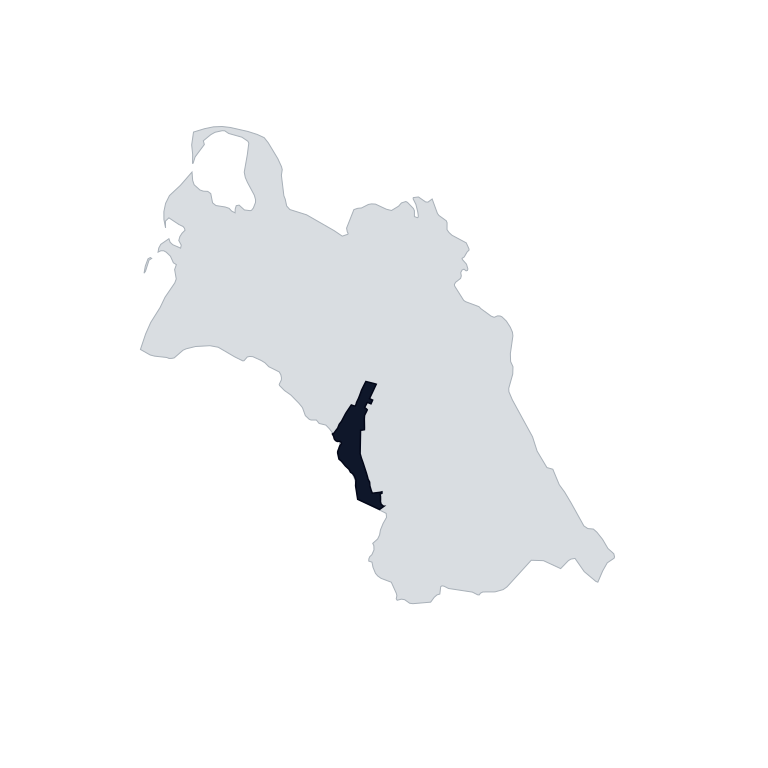 location of Kaka, Ahal, Turkmenistan, rotated 27°
{"feature_id": "10190150B850620817547", "entity_name": "Kaka", "entity_type": "district", "adm_level": 2, "iso_a3": "TKM", "parent_name": "Turkmenistan", "parent_adm1": "Ahal", "projection": "robinson", "projection_center": [59.791, 37.761], "detail": "fine", "context": "in_parent", "style": "filled", "palette": "ink", "viewbox_px": 768, "rotation_deg": 27, "n_neighbors": 0, "source": "geoboundaries", "source_scale": "gbopen_adm2", "svg_char_len": 5116}
<svg xmlns="http://www.w3.org/2000/svg" viewBox="0 0 768 768"><g transform="rotate(27 384 384)"><path d="M238.2,268.4L270.0,270.0L279.7,271.2L283.8,267.0L283.6,266.0L282.2,265.1L279.9,262.1L278.0,242.3L280.8,239.4L284.0,237.4L288.6,231.1L291.1,229.2L294.7,227.6L306.8,227.2L311.9,226.0L316.3,218.9L317.3,214.8L320.6,211.5L322.4,211.5L330.6,214.3L332.4,215.8L335.1,221.0L338.2,220.7L338.7,219.8L338.3,218.7L336.0,215.4L330.9,209.5L325.9,205.8L325.5,204.6L329.8,201.7L338.4,202.9L340.6,202.0L342.9,197.3L354.2,207.8L356.4,208.9L365.4,210.3L367.0,211.7L370.1,217.9L373.1,219.5L377.0,220.6L393.2,220.9L398.2,224.9L399.0,226.0L398.1,228.8L397.8,234.4L396.5,236.6L397.3,237.5L403.1,239.8L406.5,243.4L406.8,244.9L405.8,245.9L403.1,245.4L401.8,247.0L401.8,249.9L403.8,252.6L404.3,255.1L401.6,260.9L401.5,263.2L402.4,264.6L417.0,273.3L419.3,273.6L433.5,272.0L436.1,272.9L448.5,274.9L451.9,274.6L454.2,271.8L456.5,270.7L458.6,270.6L464.5,272.4L470.8,276.1L474.9,279.5L477.0,282.6L482.8,299.6L486.6,306.5L491.1,310.1L494.2,316.7L497.1,331.2L498.8,334.2L505.6,339.9L540.3,363.6L550.9,374.3L567.1,384.5L573.1,383.3L585.9,394.2L594.0,398.3L604.5,404.9L626.5,419.7L631.2,420.3L636.4,418.2L641.0,419.4L649.3,423.2L658.2,428.9L665.8,430.9L667.9,433.4L668.1,434.8L664.1,442.0L663.7,451.2L664.5,463.5L662.4,463.7L647.6,460.3L633.4,452.7L630.1,455.1L628.5,457.6L625.2,468.3L606.3,469.0L595.2,474.2L585.7,508.9L583.5,513.1L577.3,518.8L566.5,524.4L564.9,526.6L564.6,528.7L563.2,529.3L557.2,529.3L534.3,536.9L529.3,536.9L527.3,537.5L526.5,538.8L529.1,545.8L527.0,547.8L525.6,551.2L524.6,557.2L509.5,566.6L506.4,567.7L500.3,566.8L497.2,567.8L493.9,570.7L492.4,569.8L491.6,566.8L490.0,564.9L480.5,557.3L469.7,558.5L465.6,557.9L462.4,556.6L457.4,552.3L454.2,548.2L450.8,548.7L449.9,546.7L449.7,544.4L450.7,541.6L450.4,536.4L448.4,532.7L446.3,531.1L448.7,525.0L448.6,520.5L447.1,515.7L446.5,508.6L446.8,501.7L444.7,498.3L413.0,498.5L401.6,482.5L396.9,478.6L381.2,471.9L376.8,468.2L373.2,464.2L372.3,458.8L370.6,455.5L368.1,455.0L355.8,448.7L350.8,447.0L344.1,448.6L340.1,446.8L335.4,449.2L333.4,449.4L328.3,447.9L322.1,442.1L317.0,439.8L306.0,436.1L298.3,435.0L291.6,432.8L290.8,431.9L290.7,427.0L289.8,425.0L287.9,422.6L285.2,420.8L273.5,420.9L268.2,419.1L264.0,418.8L254.7,419.2L251.7,420.5L249.9,422.0L248.7,426.8L247.7,427.5L238.7,427.6L219.6,426.5L211.5,428.9L199.0,436.2L191.8,442.4L189.6,445.1L185.2,456.0L183.3,457.5L180.9,458.8L178.4,459.0L167.0,463.3L162.5,464.3L151.3,463.8L148.9,447.7L148.2,435.0L149.8,417.4L149.5,406.1L151.7,388.9L151.2,384.7L145.5,377.1L144.8,371.9L141.3,371.6L135.7,367.1L130.1,365.4L127.3,365.3L124.7,366.6L122.8,369.1L121.6,365.1L121.7,360.9L126.4,352.2L129.1,354.8L132.5,355.8L141.1,355.3L140.3,352.3L136.0,349.3L135.2,345.3L135.6,341.3L136.9,337.4L135.6,335.9L133.6,334.9L128.9,335.0L116.9,333.6L115.3,338.1L118.5,344.1L113.2,337.3L109.6,330.3L107.4,322.2L107.3,313.5L112.4,299.5L116.7,282.3L121.1,289.5L124.4,292.7L131.9,294.7L135.5,294.2L139.5,292.4L143.2,293.0L149.0,300.4L153.2,301.3L162.1,298.4L166.2,297.8L169.8,299.1L173.6,299.1L172.0,295.6L171.4,292.2L173.7,290.4L180.6,292.3L186.1,290.3L187.1,289.4L187.7,286.5L187.1,280.6L185.9,278.1L182.8,274.7L170.7,266.3L166.7,263.0L163.3,258.7L158.1,241.7L154.2,230.8L152.5,229.5L145.4,228.6L131.8,231.3L127.1,230.7L124.8,231.8L119.2,236.4L116.5,240.4L112.6,249.3L115.2,252.2L112.6,267.4L113.7,273.9L113.2,274.3L109.3,266.3L104.1,258.3L99.9,246.0L108.2,238.0L115.3,232.3L122.8,228.1L130.6,225.2L148.0,220.8L157.7,219.2L165.4,218.9L171.3,221.6L187.2,231.5L194.1,237.0L196.0,239.2L197.8,244.6L209.3,261.7L212.1,264.2L216.5,269.6L220.9,271.3L238.2,268.4ZM120.3,391.9L119.9,394.2L117.8,387.3L116.9,379.6L118.4,377.4L120.0,377.6L118.4,380.3L120.3,391.9Z" fill="#d9dde1" stroke="#a8b0b8" stroke-width="1"/><path d="M366.7,390.0L366.7,394.5L366.8,399.9L367.2,402.7L367.5,405.3L367.8,408.3L367.9,412.9L368.4,415.1L368.1,417.0L364.4,417.5L363.3,426.6L363.2,428.4L363.1,436.4L363.1,436.7L362.9,437.5L362.4,440.2L362.6,442.5L362.8,444.3L362.7,444.7L362.7,445.0L362.4,446.2L361.9,449.3L361.4,451.8L360.9,451.6L360.7,452.0L362.9,453.5L364.6,455.5L366.5,456.4L368.5,456.4L370.8,455.0L372.4,455.5L373.2,456.7L372.7,459.0L373.1,462.3L373.4,465.2L374.0,466.5L378.0,471.4L381.2,472.1L386.9,474.6L391.5,475.8L394.2,477.8L396.6,478.0L399.5,479.5L402.6,482.4L404.9,487.6L412.9,498.7L436.9,497.8L437.0,497.8L439.5,492.9L439.3,493.0L439.2,493.1L437.9,492.9L436.9,492.6L436.5,492.6L436.4,492.5L436.0,492.4L434.3,490.5L433.1,488.0L432.0,485.9L431.9,485.7L430.5,484.0L430.6,483.8L431.8,482.2L431.1,481.0L429.9,482.1L423.2,486.6L421.0,484.7L417.7,481.2L415.7,477.9L413.1,476.1L412.8,475.8L411.7,474.5L408.8,471.4L405.1,467.7L400.9,463.5L397.4,460.2L393.8,456.3L394.1,456.4L384.8,437.3L384.2,436.0L384.1,435.8L385.3,435.1L387.3,433.6L386.5,431.9L382.3,424.0L381.5,422.1L381.0,421.1L381.0,420.8L380.9,420.5L380.9,416.4L380.8,414.6L379.8,414.2L377.6,413.8L377.6,413.5L377.4,413.4L377.5,408.1L377.6,407.9L381.4,407.6L381.2,403.5L377.7,403.6L377.6,400.2L377.4,393.4L377.3,391.3L377.3,391.0L377.2,387.7L375.9,387.9L366.7,390.0Z" fill="#0f172a" stroke="#020617" stroke-width="1.5"/></g></svg>